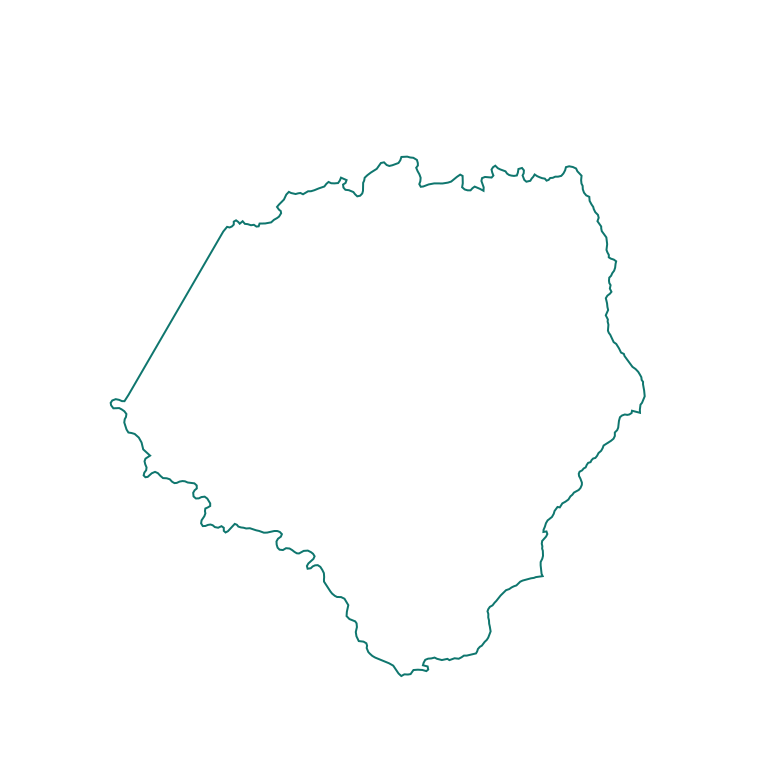 the district of Sandolândia, Tocantins, Brazil, rotated 290°
{"feature_id": "56859067B27604847776999", "entity_name": "Sandolândia", "entity_type": "district", "adm_level": 2, "iso_a3": "BRA", "parent_name": "Brazil", "parent_adm1": "Tocantins", "projection": "mercator", "projection_center": [-49.87, -12.382], "detail": "fine", "context": "isolated", "style": "outline", "palette": "teal", "viewbox_px": 768, "rotation_deg": 290, "n_neighbors": 0, "source": "geoboundaries", "source_scale": "gbopen_adm2", "svg_char_len": 6166}
<svg xmlns="http://www.w3.org/2000/svg" viewBox="0 0 768 768"><g transform="rotate(290 384 384)"><path d="M622.3,411.7L619.7,413.4L617.3,415.5L614.8,414.5L613.1,408.1L611.0,405.7L608.1,406.1L602.9,410.4L599.6,411.4L600.2,407.3L600.5,401.7L598.3,400.2L595.6,399.1L594.6,396.3L594.4,393.3L595.6,390.1L599.5,389.4L606.4,386.7L606.8,384.0L603.6,381.7L597.2,377.9L595.1,375.2L592.5,370.5L589.7,362.6L586.8,357.7L583.0,353.3L581.9,351.1L583.9,348.8L586.9,348.8L590.3,347.9L593.1,345.6L595.5,342.8L598.2,340.3L600.9,341.1L603.2,340.2L605.8,338.3L606.6,334.2L605.8,331.0L605.6,328.1L603.3,322.7L599.7,322.8L596.6,322.0L592.4,317.0L590.7,314.4L590.7,311.6L592.3,308.2L590.6,305.5L583.7,303.6L578.3,299.4L574.6,297.0L571.2,295.3L568.3,295.8L565.9,295.6L558.3,298.2L555.6,298.4L552.8,297.2L551.2,294.7L552.4,291.9L553.9,289.6L554.1,284.7L553.3,281.3L554.7,278.7L557.4,277.3L559.8,279.1L562.8,279.1L563.2,273.0L560.1,272.9L557.1,272.1L555.5,268.6L554.6,265.7L554.9,262.8L552.4,261.4L549.2,260.4L545.4,255.7L542.3,252.3L540.2,249.5L539.1,246.7L534.6,243.0L534.9,240.1L533.8,238.1L532.3,236.0L531.7,231.4L532.0,228.9L528.6,227.4L523.1,226.9L516.6,223.9L513.8,222.9L511.9,225.7L511.2,227.8L509.3,228.9L505.4,228.1L503.4,226.8L500.6,224.4L497.3,222.7L494.2,217.4L492.2,212.2L489.3,212.3L488.3,210.3L489.1,207.3L487.7,204.7L487.6,201.3L486.9,198.5L488.6,195.5L485.3,193.6L486.4,191.7L487.2,189.0L485.2,187.3L482.4,188.3L480.0,187.2L478.3,185.4L478.0,182.8L472.3,180.8L286.2,147.6L279.1,146.0L278.3,143.6L278.5,140.5L278.0,137.1L275.6,134.3L272.8,133.6L270.6,134.9L268.6,138.0L270.8,143.4L270.4,146.3L269.6,149.3L267.7,152.2L264.8,152.8L262.2,152.4L259.0,153.1L253.2,157.6L251.0,160.4L251.6,163.6L251.8,166.8L249.8,171.9L246.1,176.2L240.2,180.1L236.7,188.7L232.3,185.4L229.5,185.4L226.9,187.1L224.4,189.4L221.6,190.0L218.8,189.1L215.9,189.4L214.8,191.7L215.9,193.7L220.7,196.3L223.1,198.9L222.9,202.0L221.2,205.3L220.0,208.5L221.1,212.1L221.2,215.3L219.7,218.3L219.2,221.0L220.2,223.1L222.4,225.3L223.9,227.9L224.5,230.3L224.3,233.2L225.8,239.8L224.6,242.7L221.8,243.8L219.4,242.4L216.5,241.9L213.2,243.5L212.1,246.4L213.2,249.1L215.3,251.1L216.8,254.0L215.9,257.1L212.4,261.5L209.9,262.4L207.7,260.6L205.9,258.7L203.4,259.2L201.3,260.4L198.3,260.4L193.5,259.2L190.5,259.8L188.5,262.3L189.5,264.7L191.4,266.8L192.6,269.0L192.7,271.3L191.7,274.0L192.2,277.3L194.8,279.9L194.1,282.6L191.2,283.7L190.3,285.9L192.3,287.7L201.5,291.6L201.4,293.9L200.2,295.9L200.3,298.6L200.9,301.2L201.1,303.9L202.6,307.3L202.8,313.9L203.2,316.9L203.2,322.0L204.4,325.0L208.3,331.1L209.4,334.2L209.3,336.8L208.0,339.4L205.3,339.3L202.3,337.3L199.3,336.8L196.3,338.1L193.8,340.0L192.6,342.5L193.4,345.8L196.2,348.1L197.1,351.5L196.5,354.6L195.6,357.3L195.1,360.0L195.7,362.1L199.7,365.6L201.4,369.4L201.0,372.9L200.2,375.4L198.4,377.7L195.5,377.5L189.5,374.3L186.6,373.8L184.3,375.4L185.8,378.2L188.2,379.4L190.0,381.2L191.1,383.7L190.4,386.7L188.2,389.6L185.7,392.2L182.1,393.8L179.9,394.4L177.8,395.2L170.8,404.5L169.3,406.9L168.1,410.3L167.8,412.8L169.1,416.5L168.7,420.3L164.0,426.1L157.3,427.0L153.1,428.2L151.3,431.9L151.1,438.1L149.7,440.1L146.3,441.7L141.3,442.3L137.5,444.4L133.8,448.2L134.9,452.9L134.3,456.1L132.3,457.6L130.0,458.0L126.8,460.9L125.8,462.8L124.5,466.0L123.9,469.3L123.3,484.2L122.5,489.0L117.0,496.6L115.5,500.1L118.1,502.4L119.2,505.9L120.5,508.2L125.3,509.5L127.1,513.5L128.4,517.9L128.7,522.0L130.8,523.2L133.5,521.6L133.0,516.8L135.7,516.6L138.9,517.1L141.0,519.4L142.3,522.3L144.2,525.1L143.9,527.8L144.4,532.8L147.4,537.6L146.9,539.9L150.4,544.1L151.4,548.2L153.7,550.3L156.1,552.0L157.1,554.7L162.3,562.6L164.6,563.0L167.1,562.9L169.9,564.0L171.5,565.4L176.1,566.8L178.7,568.1L181.3,568.7L188.0,568.8L192.6,566.2L194.7,564.8L197.8,563.5L200.3,561.8L203.6,560.7L205.8,559.0L208.1,559.0L210.8,559.7L213.1,561.7L216.3,562.7L218.5,563.7L225.1,565.9L232.0,569.2L234.1,571.8L236.4,573.4L238.2,575.1L240.0,577.3L244.8,579.6L246.7,581.5L251.7,588.6L253.1,591.2L254.5,592.8L257.7,598.8L259.5,597.0L267.2,593.2L270.3,592.1L274.0,592.5L276.9,592.2L281.6,590.3L283.4,588.9L285.7,588.3L287.8,586.9L290.6,586.3L296.1,588.5L298.9,588.8L301.0,587.1L299.5,584.4L301.6,583.8L304.9,584.0L308.6,583.8L311.8,584.4L316.5,587.3L320.1,587.9L323.0,587.7L327.8,589.1L328.2,591.4L332.8,592.4L335.4,594.7L338.5,596.8L342.2,597.6L344.4,598.9L346.9,599.6L351.0,603.2L353.5,604.2L356.9,604.4L359.0,603.7L362.4,600.8L364.2,598.8L366.3,597.7L368.5,597.8L370.6,599.7L372.9,600.5L374.6,602.0L377.4,602.2L379.7,602.8L381.2,604.8L383.5,605.1L385.5,606.0L386.8,607.9L389.4,608.8L392.5,609.2L395.5,610.9L398.5,611.4L401.3,611.4L408.2,616.7L411.1,618.4L414.1,618.7L417.4,617.5L420.4,618.9L423.1,619.0L429.7,617.4L433.5,617.1L435.8,618.4L437.7,620.7L438.2,623.2L439.3,625.0L441.4,626.6L443.7,626.2L444.5,634.4L447.4,633.2L452.3,632.1L454.6,632.9L461.6,633.2L466.8,630.7L472.3,627.5L474.6,626.7L476.0,624.7L478.4,623.5L480.4,621.2L482.4,618.7L484.1,615.3L485.1,611.6L492.5,600.5L494.3,599.1L494.6,596.0L497.8,592.7L501.1,588.5L501.9,585.5L507.7,579.7L508.9,577.8L510.7,576.2L516.5,574.6L519.1,572.8L521.2,572.3L524.4,568.9L530.2,569.3L532.8,567.6L536.1,566.0L540.5,563.1L543.4,563.7L546.1,565.4L548.4,566.2L550.9,563.6L554.4,563.1L555.9,561.2L558.0,560.1L561.0,559.3L563.4,560.4L566.2,560.6L569.2,561.5L572.4,561.4L576.1,560.5L578.7,560.2L579.5,557.4L579.4,554.2L579.9,551.9L582.2,551.1L584.0,549.0L586.1,547.2L591.7,545.9L597.8,542.8L602.1,536.4L604.3,535.0L606.3,534.2L610.0,528.9L613.6,528.9L616.1,527.2L617.7,523.8L620.1,521.3L622.0,520.0L623.7,517.6L626.4,514.6L630.1,512.9L630.4,509.5L632.2,506.5L635.0,504.2L638.1,502.9L639.9,501.0L643.0,499.5L647.3,498.4L650.0,493.0L652.2,490.8L652.5,487.2L651.9,483.5L650.0,480.8L646.8,481.1L643.2,480.6L640.2,479.4L638.4,476.7L637.4,474.0L635.5,472.1L634.4,469.7L632.1,468.9L630.7,467.2L632.0,464.9L631.5,462.2L631.5,459.7L631.7,456.8L632.4,453.9L629.8,453.4L627.6,452.5L625.0,452.0L622.8,448.6L623.8,446.0L627.4,442.9L629.7,443.2L632.6,442.4L634.2,439.8L632.0,436.8L628.4,437.5L625.4,437.5L624.0,435.0L623.4,432.4L623.2,430.1L623.8,427.7L625.4,425.4L625.4,419.9L625.7,417.2L627.2,413.9L625.0,412.3L622.3,411.7Z" fill="none" stroke="#0f766e" stroke-width="2"/></g></svg>